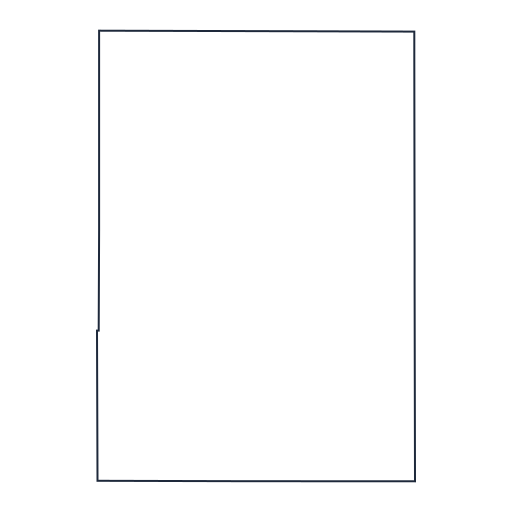 the district of Lancaster, Nebraska, United States of America
{"feature_id": "52423323B49872749946321", "entity_name": "Lancaster", "entity_type": "district", "adm_level": 2, "iso_a3": "USA", "parent_name": "United States of America", "parent_adm1": "Nebraska", "projection": "robinson", "projection_center": [-96.715, 40.785], "detail": "fine", "context": "isolated", "style": "outline", "palette": "slate", "viewbox_px": 512, "rotation_deg": 0, "n_neighbors": 0, "source": "geoboundaries", "source_scale": "gbopen_adm2", "svg_char_len": 284}
<svg xmlns="http://www.w3.org/2000/svg" viewBox="0 0 512 512"><path d="M97.0,330.6L97.5,480.8L242.8,481.2L415.0,481.3L414.6,281.5L414.6,256.5L414.3,56.6L414.3,31.6L317.5,31.3L100.8,30.7L99.1,30.7L99.1,230.7L98.7,330.6L97.0,330.6Z" fill="none" stroke="#1e293b" stroke-width="2"/></svg>